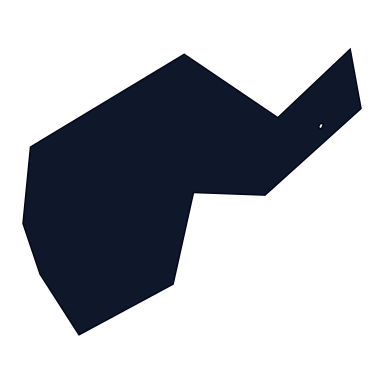 the district of Radford, Virginia, United States of America
{"feature_id": "52423323B3123735439374", "entity_name": "Radford", "entity_type": "district", "adm_level": 2, "iso_a3": "USA", "parent_name": "United States of America", "parent_adm1": "Virginia", "projection": "albers", "projection_center": [-80.541, 37.119], "detail": "fine", "context": "isolated", "style": "filled", "palette": "ink", "viewbox_px": 384, "rotation_deg": 0, "n_neighbors": 0, "source": "geoboundaries", "source_scale": "gbopen_adm2", "svg_char_len": 343}
<svg xmlns="http://www.w3.org/2000/svg" viewBox="0 0 384 384"><path d="M277.8,117.7L184.2,54.3L30.5,147.0L23.0,223.5L40.1,274.2L79.0,334.8L173.1,284.1L193.5,192.5L265.0,195.1L361.0,108.5L350.2,49.2L277.8,117.7ZM318.3,127.4L320.1,123.8L322.0,123.5L323.5,123.7L321.4,129.1L318.3,127.4Z" fill="#0f172a" stroke="#020617" stroke-width="1.5"/></svg>